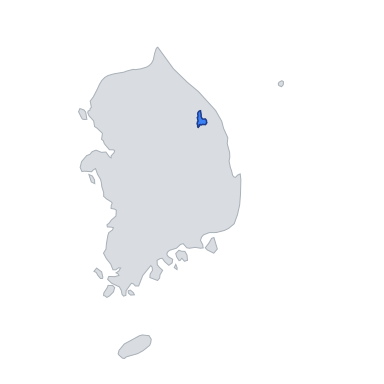 Taebaek-si, Gangwon, South Korea (highlighted), rotated 348°
{"feature_id": "91817680B55715776787208", "entity_name": "Taebaek-si", "entity_type": "district", "adm_level": 2, "iso_a3": "KOR", "parent_name": "South Korea", "parent_adm1": "Gangwon", "projection": "robinson", "projection_center": [128.966, 37.182], "detail": "fine", "context": "in_parent", "style": "filled", "palette": "blue", "viewbox_px": 384, "rotation_deg": 348, "n_neighbors": 0, "source": "geoboundaries", "source_scale": "gbopen_adm2", "svg_char_len": 4012}
<svg xmlns="http://www.w3.org/2000/svg" viewBox="0 0 384 384"><g transform="rotate(348 192 192)"><path d="M109.7,89.3L111.1,88.3L111.2,86.8L111.3,81.9L115.2,78.5L120.9,71.5L123.7,67.7L126.9,64.2L130.5,61.8L134.1,60.6L139.8,60.2L150.5,60.6L152.6,60.2L160.1,59.8L161.9,60.5L167.3,60.9L173.4,60.4L176.4,59.4L179.2,57.6L181.7,54.5L184.3,48.6L187.0,44.0L188.6,43.2L199.5,67.7L210.1,83.5L219.1,95.0L232.0,117.1L235.8,129.0L236.1,136.3L238.3,146.4L236.5,152.1L237.0,161.2L236.2,165.9L234.7,169.3L234.6,176.0L235.1,179.5L235.2,184.2L236.2,186.0L237.7,186.7L240.0,185.0L242.9,184.3L242.4,189.9L239.0,204.2L235.9,214.6L231.8,223.6L226.6,231.9L220.3,235.2L215.9,236.3L207.4,236.7L200.4,235.3L194.4,236.3L192.0,238.1L190.2,241.0L191.5,245.6L191.3,249.0L188.7,248.8L183.6,246.8L177.9,246.5L175.3,245.5L172.6,240.7L169.9,240.9L165.2,243.7L157.9,244.4L155.3,245.9L154.4,248.0L155.5,250.5L159.1,253.8L157.9,257.2L154.1,258.9L151.0,254.8L149.1,250.7L147.0,250.5L143.6,251.6L142.9,256.0L144.5,259.0L147.0,262.5L143.4,266.5L142.5,269.4L139.9,271.4L133.0,266.9L134.0,263.6L137.0,260.5L137.4,257.3L136.4,255.4L126.4,263.5L120.3,272.8L117.0,272.1L115.6,269.7L113.7,268.7L107.1,274.7L105.8,279.4L103.4,279.6L102.3,277.6L102.3,273.3L101.2,269.7L94.4,264.5L91.3,259.9L93.0,257.3L98.7,258.7L103.2,258.5L102.4,256.3L100.9,255.3L103.9,254.1L106.4,251.5L104.4,250.9L101.2,252.3L98.5,251.6L97.5,245.6L94.4,239.4L92.7,233.4L96.0,230.0L97.6,224.6L100.7,216.9L102.2,214.4L106.3,212.6L107.7,210.6L105.5,209.5L101.9,208.6L102.0,206.4L104.5,205.2L107.2,202.7L112.6,199.7L114.2,194.1L112.7,192.6L109.4,191.3L110.2,188.4L111.6,186.3L111.1,185.0L107.2,181.3L104.7,177.9L105.5,174.1L104.9,168.3L105.3,163.5L105.2,160.8L103.3,154.9L102.5,149.0L100.0,149.9L98.0,151.3L90.8,149.2L88.6,149.1L87.7,144.7L90.3,139.3L96.5,134.5L100.0,133.9L102.7,131.8L106.8,131.1L111.7,134.4L116.1,135.0L118.6,140.6L120.1,141.8L120.4,139.8L124.0,137.3L124.9,135.5L124.1,134.5L120.0,133.5L116.3,126.6L115.9,123.5L114.5,121.6L116.6,116.0L112.3,109.7L110.3,107.7L110.6,102.0L108.4,98.3L107.2,96.3L106.5,92.9L107.1,91.3L109.1,90.8L109.7,89.3ZM93.5,339.6L91.4,340.8L89.5,340.1L89.0,339.5L86.7,336.4L86.1,334.8L87.7,331.7L94.1,326.6L110.6,321.7L113.6,321.5L120.1,323.6L121.5,327.5L120.3,330.9L118.7,333.2L111.2,337.0L105.3,338.8L93.5,339.6ZM204.9,253.0L200.6,256.4L194.8,251.8L193.4,249.3L197.8,245.6L201.6,241.4L204.0,241.1L204.9,253.0ZM174.0,252.6L173.4,257.9L170.2,258.2L168.3,254.7L166.2,256.4L165.1,256.5L163.5,252.2L163.3,248.8L167.1,246.2L169.4,247.8L172.7,248.6L174.0,252.6ZM89.7,276.5L86.8,277.4L85.2,275.5L84.0,275.0L84.7,272.5L89.5,267.6L90.5,265.9L94.9,266.9L96.5,269.5L94.4,273.4L89.7,276.5ZM104.6,91.8L104.3,99.0L101.8,98.7L100.1,98.0L99.4,96.6L97.7,89.9L99.7,87.1L103.4,89.3L104.6,91.8ZM87.1,256.7L86.5,258.0L84.5,257.6L82.5,253.8L81.6,250.8L79.6,249.2L82.9,246.6L87.0,251.3L87.1,256.7ZM99.2,160.0L98.6,163.6L95.6,161.2L94.8,153.4L97.9,155.7L99.2,160.0ZM303.6,106.0L301.5,107.6L299.1,106.0L298.8,104.2L300.0,102.7L303.0,101.8L304.4,103.1L303.6,106.0ZM113.6,278.0L114.3,280.6L110.6,280.1L108.7,277.6L109.0,275.4L111.2,275.1L113.6,278.0ZM161.7,263.1L161.2,264.8L158.9,262.2L161.1,259.4L161.7,263.1Z" fill="#d9dde1" stroke="#a8b0b8" stroke-width="1"/><path d="M212.7,120.2L212.7,123.4L212.7,123.8L212.6,124.1L212.1,124.5L211.8,124.7L211.7,125.1L211.6,125.7L211.3,126.1L211.1,126.4L211.4,127.0L211.4,127.4L211.4,128.1L211.3,128.7L211.1,129.4L211.3,129.9L211.6,130.1L212.3,129.4L212.9,129.0L213.3,127.7L214.1,127.6L214.4,127.9L214.6,128.3L215.0,128.4L215.5,128.3L216.1,128.1L216.7,128.1L217.6,128.5L217.8,128.5L218.7,128.7L219.1,128.9L219.5,128.7L219.7,128.4L220.9,127.3L220.7,126.7L220.8,126.1L221.0,125.4L220.7,124.1L220.2,123.3L219.9,123.2L219.0,123.2L217.8,123.0L217.3,122.4L216.9,121.9L216.9,121.4L216.8,120.7L216.6,119.9L216.8,119.2L217.0,118.6L217.1,117.0L217.1,116.6L217.1,115.8L217.2,114.3L216.1,114.3L215.5,114.6L214.4,115.5L213.8,116.8L213.8,118.0L213.8,118.5L213.4,119.5L213.1,120.1L212.7,120.2Z" fill="#3b82f6" stroke="#1e3a8a" stroke-width="1.5"/></g></svg>